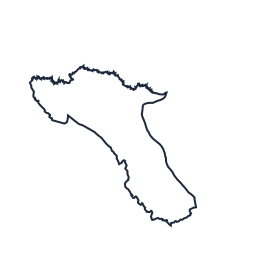 Phakdi Chumphon, Chaiyaphum, Thailand (Albers equal-area conic projection), rotated 312°
{"feature_id": "78962969B21349454569090", "entity_name": "Phakdi Chumphon", "entity_type": "district", "adm_level": 2, "iso_a3": "THA", "parent_name": "Thailand", "parent_adm1": "Chaiyaphum", "projection": "albers", "projection_center": [101.441, 15.961], "detail": "fine", "context": "isolated", "style": "outline", "palette": "slate", "viewbox_px": 256, "rotation_deg": 312, "n_neighbors": 0, "source": "geoboundaries", "source_scale": "gbopen_adm2", "svg_char_len": 5772}
<svg xmlns="http://www.w3.org/2000/svg" viewBox="0 0 256 256"><g transform="rotate(312 128 128)"><path d="M79.5,178.7L80.5,179.5L81.5,179.2L82.3,179.6L82.6,180.3L81.3,184.2L79.8,184.8L79.0,185.9L79.3,186.8L79.2,188.6L80.3,189.2L81.5,188.7L81.7,189.1L80.6,191.3L80.6,192.5L80.2,193.3L80.2,194.1L79.5,194.2L78.8,195.4L78.5,197.2L78.7,197.5L78.3,197.9L78.5,198.5L80.0,200.3L82.0,200.6L82.1,201.0L81.4,202.7L79.3,203.5L77.2,204.6L77.1,205.3L75.9,207.0L76.0,207.6L76.6,207.9L76.8,208.4L78.0,208.7L81.2,210.5L81.6,212.5L82.9,213.5L83.4,214.4L83.2,215.0L82.6,215.4L83.5,216.2L83.4,216.9L85.5,218.5L85.5,218.8L84.3,219.0L84.2,219.3L84.3,220.3L84.0,222.9L84.1,225.1L86.3,223.6L88.5,225.4L90.5,225.5L90.9,225.9L90.9,227.1L92.7,228.2L95.0,228.3L96.3,229.8L98.0,230.0L100.8,231.5L103.0,231.7L104.5,232.6L105.1,232.6L105.5,231.9L106.7,232.0L107.6,229.3L108.8,228.5L112.6,230.0L114.6,231.6L119.7,224.9L120.9,224.0L121.1,219.4L120.6,216.4L121.8,209.9L121.9,207.7L122.5,203.8L122.7,199.4L123.6,194.3L125.1,190.2L126.1,183.3L126.8,182.3L126.8,181.8L127.8,179.9L128.7,178.6L131.5,175.8L131.5,175.1L134.0,172.0L135.0,169.8L135.9,168.4L136.9,164.9L137.2,162.1L136.8,153.7L137.4,149.1L138.7,146.2L139.3,143.6L143.5,136.5L146.1,131.0L147.9,128.6L148.9,128.2L154.3,124.3L155.2,124.0L156.4,124.1L158.6,125.1L161.5,127.5L163.2,129.6L167.4,131.5L171.2,133.7L173.5,134.5L175.3,134.7L177.2,134.2L180.1,132.9L179.0,132.2L178.1,132.3L177.2,132.1L176.1,131.4L174.0,128.6L173.1,126.7L173.0,125.8L172.1,125.1L171.7,123.8L170.8,123.1L170.6,121.9L171.1,122.0L171.0,121.7L171.4,121.5L171.4,120.9L171.1,120.8L171.4,120.5L171.1,120.5L171.3,120.0L170.9,119.7L170.6,119.9L170.5,119.6L171.0,119.3L170.7,119.2L170.8,118.8L171.5,118.8L171.1,118.0L171.3,117.9L171.2,117.6L171.5,117.5L171.2,117.4L171.5,117.2L171.4,117.0L171.1,117.1L170.5,116.2L171.0,115.7L170.6,115.3L171.4,115.0L171.5,114.7L170.9,114.0L171.4,113.8L171.3,113.4L172.4,112.9L171.7,112.8L171.4,112.3L171.5,111.9L170.4,111.8L169.0,111.0L169.1,110.4L169.7,110.3L169.9,110.0L168.4,109.1L167.8,109.1L167.5,109.5L167.1,109.2L167.1,108.6L168.0,107.8L168.4,106.3L167.6,105.9L167.3,106.4L166.6,106.4L166.1,106.8L164.9,106.6L164.0,106.9L163.5,106.0L162.9,107.0L162.2,107.4L161.7,106.9L161.0,107.1L160.8,106.8L160.9,106.3L160.0,106.4L160.0,105.8L160.4,105.7L160.0,104.7L158.9,103.8L160.0,103.1L159.9,102.4L160.3,101.7L159.2,101.5L159.1,100.3L158.0,100.6L157.9,99.8L158.3,99.7L158.4,99.1L157.6,98.2L156.9,95.1L157.1,94.8L157.8,95.0L158.1,94.4L158.7,94.3L158.5,93.6L158.8,93.1L158.5,92.5L158.7,91.9L158.9,92.0L159.1,92.6L159.4,92.7L159.2,92.3L159.5,91.9L158.8,91.3L159.5,90.2L158.9,89.8L158.6,89.1L159.4,88.0L159.6,86.4L160.5,85.0L159.1,84.4L159.1,83.9L158.6,83.6L158.5,82.8L160.1,82.0L159.6,81.8L159.4,81.4L159.7,80.3L160.2,80.1L160.3,79.7L158.6,80.4L158.2,79.9L158.4,79.3L157.7,78.5L156.2,78.4L156.5,77.3L155.3,77.7L155.3,77.1L154.9,76.2L156.1,75.0L155.4,74.7L154.7,73.8L153.3,73.1L152.8,72.4L152.6,72.4L152.3,73.1L152.1,73.1L151.8,71.8L151.1,71.7L151.2,70.9L150.8,69.9L149.7,69.1L150.6,67.9L149.9,67.7L150.4,67.1L150.3,66.9L149.8,67.0L150.3,66.1L149.8,65.8L149.2,64.8L148.4,64.4L148.4,63.2L147.9,63.3L147.4,62.9L146.8,62.8L146.5,63.2L145.9,61.5L145.5,61.2L145.3,60.1L145.0,60.4L144.4,59.8L144.9,59.4L144.4,59.3L144.2,58.4L145.1,57.6L144.7,57.5L144.5,57.8L144.1,56.5L143.7,56.7L143.4,56.5L143.9,56.0L142.9,56.3L142.7,56.1L142.6,55.3L143.4,55.1L143.6,53.7L144.0,53.8L144.5,53.3L143.6,53.2L143.3,53.6L142.2,52.5L141.5,52.3L141.5,51.9L141.3,51.7L140.7,51.8L140.8,52.1L140.4,52.6L139.7,52.0L138.5,51.6L135.8,51.6L134.0,51.3L133.8,50.9L132.2,51.3L131.8,50.8L131.8,50.1L130.4,50.6L129.6,50.3L129.1,48.7L128.7,48.7L128.5,48.9L128.3,48.8L127.7,49.6L127.6,50.1L127.8,50.6L127.1,51.5L127.4,51.7L127.0,53.2L127.4,54.5L127.2,54.8L124.7,53.4L122.4,54.3L121.9,54.1L121.8,53.6L120.7,52.7L120.9,51.8L120.5,51.0L118.6,50.7L119.5,49.7L118.8,48.9L119.8,48.3L120.0,47.8L119.0,47.2L118.9,46.4L118.1,46.2L117.5,46.4L117.7,45.9L117.3,45.6L117.3,44.6L117.7,44.2L117.0,44.4L116.4,45.4L116.3,44.8L115.5,45.5L114.6,45.1L114.0,45.6L114.0,44.7L113.3,44.8L113.4,44.2L112.9,43.8L112.0,43.9L112.0,43.4L112.6,42.9L112.2,42.7L111.3,43.0L111.5,42.5L112.8,42.4L112.7,41.3L112.3,41.4L111.7,40.9L112.2,40.4L112.7,40.4L112.5,40.0L113.0,39.8L112.9,39.5L113.2,39.2L112.6,39.0L113.3,38.7L113.2,37.9L114.5,37.9L114.9,37.4L114.0,37.5L113.8,37.0L113.2,37.2L112.7,37.0L112.6,36.1L112.2,36.0L111.7,36.2L111.4,34.9L111.0,34.7L110.9,34.4L110.3,34.8L109.7,33.3L109.2,33.2L109.3,32.1L108.6,32.4L108.8,31.3L107.7,31.6L107.4,31.1L107.5,30.5L107.0,30.4L106.8,31.1L106.7,30.5L106.0,30.1L105.9,30.3L105.6,29.3L105.9,29.0L105.4,28.6L105.6,27.8L106.5,27.4L106.4,27.1L106.0,27.0L105.8,26.3L104.9,27.6L104.7,27.5L104.8,27.1L104.0,27.3L104.4,26.8L103.3,26.8L102.9,26.5L103.4,25.9L103.0,25.6L103.2,24.3L102.2,24.4L102.1,24.2L102.7,23.6L102.0,23.4L101.5,23.7L100.8,23.7L100.6,23.5L100.1,23.8L100.0,24.9L96.0,24.8L94.6,28.0L93.4,29.0L92.0,33.8L89.2,35.6L88.0,36.8L87.8,37.5L88.2,38.8L88.0,39.2L87.2,39.3L86.9,39.9L87.2,40.4L87.0,42.2L87.9,42.8L87.6,43.3L87.9,43.5L87.1,44.0L86.6,44.7L86.1,48.3L85.9,53.4L85.4,54.4L84.6,55.0L84.5,55.4L84.8,57.4L85.6,59.0L85.6,61.1L85.4,61.6L84.3,61.6L83.6,62.2L83.5,62.7L84.3,65.0L83.6,65.4L83.1,66.4L88.7,77.7L90.2,78.4L91.8,78.6L95.1,76.7L97.2,75.0L98.0,88.0L98.6,90.3L99.5,91.8L102.2,103.9L102.6,106.0L102.5,109.1L102.9,114.9L101.7,122.6L101.6,126.4L102.0,128.1L100.3,131.3L100.5,133.1L99.9,134.8L99.8,138.2L97.7,140.2L96.6,143.2L95.2,145.6L98.1,146.6L99.3,146.1L101.2,146.4L101.4,146.9L101.5,148.0L100.5,148.7L99.3,152.0L96.0,153.1L95.6,156.5L93.9,157.9L92.9,159.2L92.2,161.0L91.4,161.9L90.3,162.2L89.7,163.0L88.1,162.6L85.3,162.7L84.6,163.0L82.6,165.1L82.3,167.0L82.6,168.8L81.8,172.5L81.3,173.5L80.9,176.1L80.1,175.7L79.5,178.7Z" fill="none" stroke="#1e293b" stroke-width="2"/></g></svg>